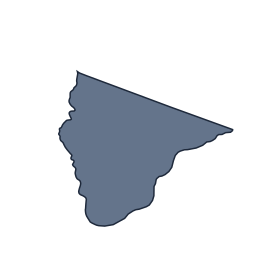 Sibinal, San Marcos, Guatemala, rotated 145°
{"feature_id": "79465075B17563879064897", "entity_name": "Sibinal", "entity_type": "district", "adm_level": 2, "iso_a3": "GTM", "parent_name": "Guatemala", "parent_adm1": "San Marcos", "projection": "robinson", "projection_center": [-92.035, 15.127], "detail": "fine", "context": "isolated", "style": "filled", "palette": "slate", "viewbox_px": 256, "rotation_deg": 145, "n_neighbors": 0, "source": "geoboundaries", "source_scale": "gbopen_adm2", "svg_char_len": 2376}
<svg xmlns="http://www.w3.org/2000/svg" viewBox="0 0 256 256"><g transform="rotate(145 128 128)"><path d="M212.8,72.7L212.1,71.0L210.6,68.3L209.5,66.5L208.0,64.8L203.3,61.0L195.5,57.3L182.5,55.9L177.2,57.4L171.5,57.2L168.5,56.6L165.4,55.1L158.1,53.0L154.7,52.7L149.5,54.6L145.7,57.6L140.2,65.2L137.4,66.7L134.5,69.6L133.4,70.1L130.3,70.4L127.8,69.2L124.4,68.6L119.5,68.9L114.7,70.7L109.5,75.2L105.0,78.4L100.9,79.4L98.4,79.1L94.3,77.8L91.6,76.1L83.6,72.5L76.7,71.0L71.5,71.4L68.5,69.8L65.8,69.3L62.6,69.3L59.5,70.6L57.5,70.6L54.7,68.8L50.7,68.2L46.4,65.7L43.9,65.9L43.2,66.7L80.9,120.4L132.0,194.6L136.2,200.9L137.1,203.3L137.6,202.0L138.1,201.2L138.6,200.7L142.1,197.2L142.7,196.5L143.3,195.6L143.6,194.9L144.0,194.1L144.6,193.5L145.8,192.5L146.6,192.3L147.4,192.1L148.1,192.1L149.2,191.9L150.2,191.2L150.9,190.8L151.9,190.7L153.3,190.6L154.2,190.5L155.2,189.9L155.6,189.4L156.2,188.6L157.8,186.3L158.5,185.8L159.3,185.3L159.9,184.8L160.4,184.4L160.9,183.8L161.4,182.8L161.5,182.1L161.7,180.8L161.7,179.9L161.5,178.1L161.2,177.2L160.8,175.9L160.7,174.6L160.8,173.6L161.2,173.0L162.0,172.8L162.9,173.1L163.8,173.7L164.6,174.2L165.4,174.5L166.3,174.6L167.4,174.2L168.0,173.4L168.2,172.8L168.4,171.9L168.6,171.0L168.8,169.8L169.0,168.5L169.4,167.7L170.4,167.7L171.3,168.2L172.6,168.9L173.7,169.4L174.3,169.4L175.1,169.3L176.0,169.1L177.4,168.9L179.0,168.4L180.2,167.9L181.3,167.2L182.1,166.8L183.0,166.6L183.9,166.9L184.7,166.6L185.0,166.1L185.6,164.8L186.3,164.1L187.2,163.5L187.9,163.1L188.3,162.5L188.3,161.6L188.3,160.9L188.6,159.7L189.4,159.0L189.8,158.2L190.1,157.3L190.3,156.3L189.6,153.4L190.1,150.5L190.4,148.1L190.3,145.0L190.0,141.6L189.9,140.2L189.6,138.9L189.6,138.1L189.9,137.5L190.7,137.0L191.5,136.5L192.0,136.1L192.3,135.4L192.3,134.6L192.0,134.0L191.5,133.4L191.1,132.3L191.6,131.3L192.2,130.9L193.3,130.4L194.3,129.9L194.6,128.8L194.4,127.4L194.1,126.7L194.0,125.4L194.1,124.7L194.4,124.1L195.4,123.1L196.4,122.2L197.1,121.4L197.5,120.7L198.1,119.2L198.6,117.7L198.8,115.7L198.5,114.7L197.8,113.0L197.7,111.8L198.0,110.8L198.6,109.6L199.4,108.8L200.4,107.9L202.2,106.6L203.6,105.4L204.6,104.5L205.0,103.9L205.5,102.7L205.5,102.0L205.2,100.7L203.7,98.2L203.1,96.8L202.7,95.5L202.7,94.6L203.1,93.4L204.5,91.8L206.9,88.9L208.9,86.4L209.8,85.5L211.0,83.5L211.8,81.8L212.4,79.6L212.6,77.0L212.8,72.7Z" fill="#64748b" stroke="#1e293b" stroke-width="1.5"/></g></svg>